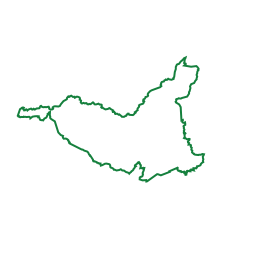 the district of Chichiquila, Puebla, Mexico, rotated 241°
{"feature_id": "50627088B29125905034403", "entity_name": "Chichiquila", "entity_type": "district", "adm_level": 2, "iso_a3": "MEX", "parent_name": "Mexico", "parent_adm1": "Puebla", "projection": "equal_earth", "projection_center": [-97.065, 19.207], "detail": "fine", "context": "isolated", "style": "outline", "palette": "green", "viewbox_px": 256, "rotation_deg": 241, "n_neighbors": 0, "source": "geoboundaries", "source_scale": "gbopen_adm2", "svg_char_len": 5827}
<svg xmlns="http://www.w3.org/2000/svg" viewBox="0 0 256 256"><g transform="rotate(241 128 128)"><path d="M192.1,37.5L191.7,37.6L191.4,38.1L191.1,37.8L190.4,38.3L190.3,38.7L189.7,38.9L189.3,40.2L188.3,41.9L188.4,42.3L188.1,42.4L187.5,43.7L186.8,44.5L185.7,47.0L184.6,47.6L183.8,47.3L184.2,50.0L183.3,52.5L182.1,54.7L181.8,54.6L181.5,55.4L181.0,55.0L180.9,55.4L179.8,55.4L179.1,55.2L177.6,55.2L176.5,56.5L176.4,57.1L175.8,57.5L176.8,59.5L176.7,61.3L177.3,62.6L177.8,63.0L178.7,64.6L179.2,64.6L179.3,65.9L179.9,66.3L179.8,67.5L177.1,65.8L175.8,65.6L175.4,65.2L174.2,64.8L173.0,65.2L169.3,67.2L157.9,64.9L154.4,65.8L152.6,67.3L152.3,66.9L151.1,66.4L149.8,66.6L148.9,68.5L147.7,69.4L146.7,69.8L146.4,69.6L145.9,69.9L145.4,69.6L143.8,70.0L143.6,69.3L142.9,69.4L131.6,77.1L131.1,77.9L129.4,78.8L127.3,80.8L125.9,81.3L123.5,81.1L122.8,81.6L121.9,81.3L121.6,81.7L117.2,82.0L116.4,81.6L115.8,81.6L115.6,82.1L115.1,82.2L115.1,82.6L113.9,83.6L113.4,83.9L112.9,83.9L112.6,84.5L111.7,84.8L111.7,85.1L111.2,85.6L110.8,85.6L110.4,85.9L110.2,86.7L108.3,86.0L108.0,87.4L107.9,90.6L107.3,91.9L105.7,93.8L105.0,94.3L104.1,94.3L102.2,93.6L101.5,93.9L100.9,94.6L99.8,95.3L98.3,95.5L98.3,95.9L96.4,97.4L95.5,100.0L95.4,101.7L93.6,102.4L92.8,103.8L90.3,105.0L89.3,106.1L88.0,107.0L87.5,107.0L88.0,108.4L88.0,109.3L88.4,109.9L88.6,111.6L89.0,112.6L89.4,112.9L89.9,114.3L90.6,115.3L90.7,116.2L91.6,115.7L92.0,116.0L92.4,118.7L93.0,119.9L93.0,120.4L92.9,121.0L92.0,120.9L91.8,120.7L91.4,121.2L90.9,120.9L90.4,121.0L89.9,120.9L89.4,121.2L88.6,120.9L86.9,119.3L86.7,120.1L86.0,120.7L85.9,121.5L85.4,121.3L85.1,121.9L85.4,122.0L85.1,122.8L83.3,121.2L81.5,118.9L80.3,118.7L79.8,118.0L79.3,117.8L78.9,117.2L78.8,116.2L79.2,115.3L79.0,114.3L77.4,113.3L75.1,115.4L73.6,118.7L72.3,118.1L72.1,118.8L73.5,131.1L73.0,131.8L70.7,133.8L69.4,143.2L70.1,143.2L69.3,151.4L69.0,151.2L68.8,151.9L67.5,151.1L66.1,151.3L65.8,152.1L65.1,152.5L64.9,153.0L64.5,152.8L64.3,153.4L63.5,153.4L62.6,155.9L62.1,155.6L61.8,156.2L61.3,155.4L60.7,155.4L59.5,156.1L59.1,155.8L58.9,156.4L60.1,157.3L60.5,157.1L60.5,157.9L61.1,158.8L61.8,159.0L61.7,159.3L60.3,160.9L60.7,161.3L60.4,161.5L60.8,162.4L60.5,162.4L61.0,162.9L60.9,163.4L60.3,163.6L59.1,164.9L59.8,164.9L59.9,165.2L60.4,165.0L61.2,165.7L59.6,168.2L60.0,168.9L60.3,168.7L60.6,169.7L61.0,169.9L60.6,170.9L60.3,172.9L60.6,173.8L61.0,174.0L61.3,174.5L61.7,176.0L61.7,177.3L63.0,177.6L64.2,178.8L65.2,178.9L66.9,179.7L67.4,180.8L68.2,181.7L69.2,180.4L69.3,178.8L70.2,177.2L70.2,176.5L72.2,173.7L73.2,173.0L73.6,173.2L74.2,172.7L75.6,172.2L77.1,173.3L77.9,172.9L78.4,172.9L79.9,174.2L80.8,173.8L81.6,174.0L82.0,174.5L82.4,174.7L82.9,174.6L83.8,173.6L84.1,172.9L85.3,174.1L86.2,173.5L87.2,173.9L87.9,176.1L88.5,176.5L88.9,176.1L89.3,174.7L89.8,173.9L91.4,173.3L91.8,172.9L91.7,172.3L92.0,172.1L92.5,173.2L95.0,174.3L95.4,175.6L95.7,175.6L95.9,174.3L96.3,174.3L96.9,174.5L97.8,175.4L98.4,175.4L99.1,176.5L100.8,176.7L101.2,177.1L102.6,177.4L102.9,177.8L103.0,179.6L104.3,180.3L105.3,180.6L105.3,179.5L106.0,178.7L106.7,178.4L107.7,178.8L108.2,179.8L108.5,179.9L108.7,178.4L120.7,184.2L123.8,184.2L127.1,182.3L127.9,182.4L128.2,183.2L129.2,184.0L129.7,184.0L129.8,184.3L129.3,186.3L129.4,186.8L128.5,187.8L128.1,188.6L128.1,189.7L126.8,195.0L128.5,198.1L129.8,198.7L130.2,199.6L132.7,202.0L134.3,202.4L135.7,204.5L135.3,207.7L136.7,209.8L137.3,211.6L138.1,212.0L139.5,213.5L140.7,213.6L141.5,214.0L142.2,215.0L143.4,215.7L144.3,217.0L144.9,217.2L144.9,217.6L144.7,217.8L145.7,218.5L147.9,218.2L149.0,217.8L151.0,212.9L155.4,207.4L156.0,209.6L156.5,209.6L157.7,208.6L158.9,209.8L160.5,210.8L161.0,211.8L161.7,212.5L161.8,210.7L161.2,210.0L161.3,209.0L160.9,208.5L160.6,206.4L159.4,203.8L159.4,203.3L159.8,202.1L159.7,201.4L158.2,199.4L156.4,198.4L154.3,196.1L150.3,193.2L149.7,191.9L149.2,192.0L148.8,191.7L149.1,189.4L150.8,187.4L151.6,187.0L151.2,185.3L152.1,184.5L151.8,184.0L152.0,183.0L151.3,181.9L151.8,180.4L151.8,179.7L151.5,179.1L150.8,178.4L150.4,178.4L149.8,177.3L148.5,177.5L148.1,176.0L149.5,167.0L149.5,165.3L148.8,162.9L148.3,162.0L147.9,161.6L146.6,161.3L146.2,160.6L146.3,159.5L146.6,158.4L146.2,158.1L145.5,156.9L145.5,155.3L144.4,154.4L143.9,155.1L143.3,155.1L142.8,154.0L142.1,153.4L142.0,152.9L142.6,149.7L142.5,148.7L142.1,148.7L141.2,147.9L140.4,145.9L139.8,145.3L138.9,145.1L138.5,141.8L137.7,142.0L137.6,141.1L137.0,139.5L136.9,138.6L138.8,135.7L139.7,135.3L140.2,135.5L140.5,135.1L140.0,134.6L140.4,134.0L140.4,133.3L139.7,132.7L139.5,131.9L139.8,131.2L139.7,129.9L140.8,128.1L141.3,128.1L144.1,127.0L144.1,126.3L145.8,125.4L146.4,123.7L146.9,123.6L147.4,124.0L148.8,123.8L149.4,122.5L149.9,122.6L150.6,123.5L153.4,121.8L153.9,121.8L154.5,121.3L154.4,119.7L155.2,117.3L157.3,115.9L158.2,115.7L158.4,114.8L159.1,114.6L159.8,115.5L160.7,116.1L161.1,116.2L161.5,115.9L162.3,114.5L163.6,114.0L164.0,111.9L164.6,110.6L165.0,110.2L166.7,110.1L167.4,109.8L167.0,106.8L167.4,106.1L167.9,105.7L167.9,104.7L168.5,104.0L169.7,103.8L170.1,103.5L170.4,102.2L171.6,101.2L171.7,99.7L172.1,99.3L173.4,99.1L174.6,100.2L175.8,99.9L176.2,99.5L177.3,100.4L178.2,100.4L179.7,99.2L180.3,98.2L180.2,96.5L180.3,96.1L181.3,96.3L181.9,94.9L183.8,94.0L183.9,92.8L183.6,92.0L183.8,91.4L184.4,91.5L184.6,91.2L184.0,89.4L182.8,88.4L182.8,84.6L181.3,80.7L180.3,79.1L180.5,77.6L182.2,75.0L182.7,73.9L182.6,72.2L182.2,71.9L181.2,71.9L181.0,71.4L181.0,70.7L181.8,69.1L182.6,68.5L183.4,68.5L184.2,69.0L185.1,68.9L185.9,66.4L186.6,65.6L187.1,64.2L188.0,63.1L189.5,62.7L189.6,62.2L189.5,61.8L188.3,60.2L188.3,59.9L189.4,57.5L189.3,55.4L189.6,55.1L190.0,55.2L190.6,54.8L190.4,53.4L190.7,53.0L191.8,52.8L192.0,52.4L192.4,50.0L192.1,48.5L192.9,48.5L193.7,48.0L193.4,46.5L193.8,45.7L194.5,45.9L195.0,45.5L195.5,45.5L196.2,46.7L196.6,46.4L197.0,45.7L197.1,44.9L196.8,43.6L196.8,42.7L192.1,37.5Z" fill="none" stroke="#15803d" stroke-width="2"/></g></svg>